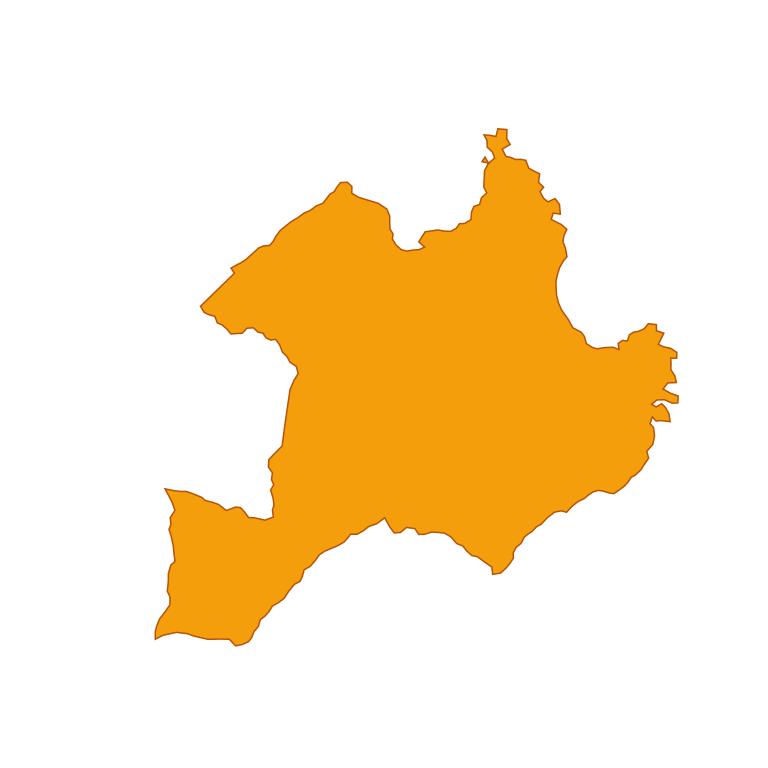 outline of Campo Erê, Santa Catarina, Brazil, rotated 164°
{"feature_id": "56859067B34137099014381", "entity_name": "Campo Erê", "entity_type": "district", "adm_level": 2, "iso_a3": "BRA", "parent_name": "Brazil", "parent_adm1": "Santa Catarina", "projection": "orthographic", "projection_center": [-53.133, -26.462], "detail": "fine", "context": "isolated", "style": "filled", "palette": "amber", "viewbox_px": 768, "rotation_deg": 164, "n_neighbors": 0, "source": "geoboundaries", "source_scale": "gbopen_adm2", "svg_char_len": 4201}
<svg xmlns="http://www.w3.org/2000/svg" viewBox="0 0 768 768"><g transform="rotate(164 384 384)"><path d="M307.6,180.9L306.4,186.0L302.0,190.6L296.3,192.9L291.5,198.0L287.1,200.0L282.2,201.5L276.9,204.6L271.2,206.0L264.0,210.4L255.3,213.8L248.5,213.2L243.9,210.4L236.7,214.7L230.0,217.5L223.1,218.7L217.5,221.2L212.4,222.7L207.5,222.7L202.9,220.7L198.3,217.6L193.3,215.2L186.7,217.4L181.1,219.6L176.1,222.7L172.1,226.2L167.1,227.4L160.9,230.6L154.7,236.0L150.1,239.7L149.9,246.9L142.4,251.7L138.3,259.2L136.9,267.8L139.2,272.7L135.1,278.4L132.8,273.5L127.5,272.4L119.3,268.9L118.3,276.8L120.0,284.1L122.5,288.5L128.7,287.0L132.3,290.7L126.1,293.4L118.7,291.6L112.4,286.2L106.8,284.8L104.5,291.4L111.2,296.2L117.1,302.2L111.0,306.8L102.5,304.8L102.2,311.5L104.3,318.7L102.5,324.4L101.2,329.9L95.6,328.1L93.8,333.6L98.6,339.3L105.0,342.7L109.4,346.5L104.6,351.7L101.0,355.7L107.4,360.1L105.8,366.0L113.3,369.1L118.7,365.4L124.6,364.5L129.9,365.0L134.6,363.6L138.2,358.2L142.7,360.2L147.8,358.4L148.5,352.4L153.9,356.2L161.7,358.2L169.4,359.1L173.5,361.6L178.3,367.0L178.3,374.7L180.3,379.6L187.0,386.0L189.1,395.4L191.1,400.9L193.0,406.6L193.9,413.8L193.7,421.2L192.4,427.6L190.4,435.3L187.0,441.6L182.9,447.7L177.8,452.7L173.0,456.0L172.2,464.2L172.7,471.7L170.0,477.2L165.6,482.3L169.7,488.6L173.3,491.8L177.9,496.1L174.3,501.6L167.7,498.7L165.8,508.2L168.4,515.1L176.1,513.9L179.4,518.4L181.0,526.1L176.3,529.1L179.9,535.3L176.4,543.1L181.2,547.4L185.3,551.5L186.1,560.0L190.7,562.3L195.6,563.5L199.5,566.7L204.1,569.3L205.6,577.2L196.7,579.5L198.4,586.1L195.7,594.7L204.2,597.9L208.2,591.1L213.6,593.8L219.2,595.9L217.9,589.8L219.5,583.2L215.9,577.2L215.3,570.7L222.6,567.5L228.5,561.4L231.3,553.2L233.8,545.7L232.5,539.3L239.0,536.2L242.6,530.2L248.7,529.9L252.6,525.0L255.1,518.0L262.3,516.1L267.2,517.3L271.6,513.8L277.7,512.3L284.2,514.5L290.0,517.3L296.0,518.0L302.4,519.0L307.8,514.3L311.4,510.9L307.2,504.4L313.2,503.5L319.6,504.8L325.5,505.5L330.3,508.3L334.0,514.1L336.0,521.0L333.9,525.8L335.5,531.0L334.0,537.9L332.2,543.8L333.1,551.4L339.6,559.2L350.6,566.3L357.1,570.6L362.4,576.3L360.4,582.8L363.7,588.1L370.4,589.6L374.8,586.3L378.9,582.6L383.5,581.5L387.8,578.3L392.9,574.6L400.1,573.8L407.1,571.2L413.8,570.3L420.8,567.7L428.6,565.6L434.7,563.1L441.6,560.1L447.3,555.7L450.9,551.9L455.7,548.8L461.9,549.9L467.1,549.3L475.8,544.9L482.7,541.6L488.1,540.0L493.5,538.9L499.1,537.6L497.3,531.7L539.0,509.3L537.2,502.5L533.4,499.0L528.0,495.7L527.4,488.6L523.4,485.5L519.8,480.0L517.4,474.3L512.3,473.2L506.4,471.9L500.3,475.4L494.1,474.0L490.7,468.5L486.4,466.2L484.6,460.7L480.7,457.4L475.8,456.8L473.5,450.1L472.8,442.4L469.7,437.3L468.4,431.0L463.5,425.0L463.6,417.7L469.5,412.3L475.9,404.5L491.9,369.0L499.0,352.5L509.6,346.6L515.7,342.9L518.0,336.0L515.7,329.4L518.5,323.2L517.8,317.4L522.2,313.4L522.1,304.5L523.2,297.8L526.0,293.6L527.0,286.6L535.9,285.9L540.5,288.4L545.6,291.2L551.0,293.0L553.3,299.4L555.9,304.6L560.5,306.6L565.6,306.2L570.5,305.9L576.1,313.7L582.3,318.1L587.7,321.1L590.5,325.3L597.9,331.2L603.6,335.2L609.8,337.0L616.2,339.8L623.4,343.6L621.6,335.3L620.3,328.7L619.8,320.1L626.4,314.4L627.5,307.8L630.8,303.4L630.5,297.2L631.1,287.1L632.7,278.5L633.8,271.1L638.9,268.6L643.5,261.3L645.5,254.5L647.3,249.6L649.4,244.7L648.4,238.2L650.7,230.7L656.9,225.6L664.4,220.1L669.0,214.3L672.1,209.1L674.2,201.7L665.4,203.4L658.8,202.9L652.0,202.5L641.3,197.9L636.4,194.2L623.6,187.1L611.1,183.8L603.0,181.2L598.8,173.2L592.1,172.6L585.2,173.7L581.1,176.6L577.5,181.5L571.4,185.8L567.8,191.6L562.6,193.6L557.2,197.0L552.5,201.3L545.6,203.0L539.0,205.5L532.8,211.0L525.4,216.1L519.2,217.4L515.6,221.4L512.0,227.4L505.1,229.1L498.7,233.3L493.1,237.7L486.7,239.7L479.6,240.5L472.9,241.4L466.2,243.0L461.4,245.9L457.5,248.8L451.3,247.0L444.6,248.5L438.0,251.2L429.5,251.7L420.2,255.1L417.7,244.5L415.2,238.0L409.1,236.7L401.9,239.9L394.2,236.5L392.0,229.8L386.8,228.4L378.8,228.5L372.7,226.3L367.1,224.1L361.9,218.7L358.1,210.6L353.0,206.7L350.4,200.5L346.7,194.8L341.9,192.3L337.0,186.0L330.8,178.3L332.0,171.1L324.1,170.1L317.4,173.4L312.5,176.8L307.6,180.9ZM222.6,567.5L224.4,574.3L228.5,570.7L222.6,567.5Z" fill="#f59e0b" stroke="#b45309" stroke-width="1.5"/></g></svg>